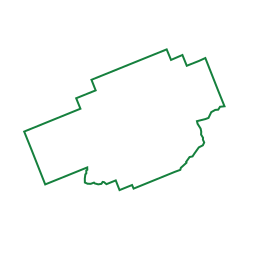 the district of Chouteau, Montana, United States of America, rotated 338°
{"feature_id": "52423323B43450908870272", "entity_name": "Chouteau", "entity_type": "district", "adm_level": 2, "iso_a3": "USA", "parent_name": "United States of America", "parent_adm1": "Montana", "projection": "robinson", "projection_center": [-110.325, 47.861], "detail": "fine", "context": "isolated", "style": "outline", "palette": "green", "viewbox_px": 256, "rotation_deg": 338, "n_neighbors": 0, "source": "geoboundaries", "source_scale": "gbopen_adm2", "svg_char_len": 895}
<svg xmlns="http://www.w3.org/2000/svg" viewBox="0 0 256 256"><g transform="rotate(338 128 128)"><path d="M155.1,186.2L160.8,186.4L162.1,184.7L169.2,182.1L169.2,181.2L174.2,178.0L177.2,178.5L180.1,176.5L186.4,172.5L190.9,172.1L193.2,170.0L193.1,166.8L193.9,165.2L193.3,161.5L194.5,158.9L195.1,155.8L194.1,150.2L194.5,147.5L203.0,148.7L206.4,148.8L211.1,144.5L215.7,143.9L218.5,144.8L221.3,142.8L225.6,144.0L225.6,126.7L225.9,92.1L219.2,92.4L205.8,92.3L205.8,90.5L205.8,80.7L193.4,81.0L193.3,69.6L175.8,69.6L170.7,69.6L112.2,69.6L112.1,81.0L98.5,81.0L91.1,81.0L91.1,92.3L30.4,92.4L30.4,111.4L30.1,149.3L75.4,149.3L74.6,151.5L73.4,151.8L72.3,154.5L71.1,155.0L69.0,158.7L67.6,162.4L69.6,164.5L72.5,165.8L76.0,165.9L76.4,166.9L79.3,169.1L82.4,169.8L84.3,168.5L85.4,169.1L87.0,172.0L97.0,172.0L96.9,182.4L110.4,182.4L110.5,186.3L155.1,186.2Z" fill="none" stroke="#15803d" stroke-width="2"/></g></svg>